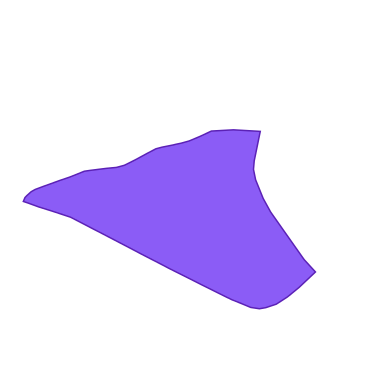 the district of Quan 4, Hồ Chí Minh city, Vietnam, rotated 27°
{"feature_id": "81297802B29563104023098", "entity_name": "Quan 4", "entity_type": "district", "adm_level": 2, "iso_a3": "VNM", "parent_name": "Vietnam", "parent_adm1": "Hồ Chí Minh city", "projection": "natural_earth1", "projection_center": [106.703, 10.761], "detail": "fine", "context": "isolated", "style": "filled", "palette": "violet", "viewbox_px": 384, "rotation_deg": 27, "n_neighbors": 0, "source": "geoboundaries", "source_scale": "gbopen_adm2", "svg_char_len": 1072}
<svg xmlns="http://www.w3.org/2000/svg" viewBox="0 0 384 384"><g transform="rotate(27 192 192)"><path d="M51.5,260.5L51.0,261.1L49.4,263.5L49.2,263.8L48.5,264.9L46.5,270.1L45.7,272.8L46.0,277.0L51.4,276.2L53.2,276.0L58.8,275.3L62.2,274.9L75.7,272.6L95.2,269.6L121.0,269.8L121.7,269.8L125.8,269.8L168.8,270.2L174.1,270.3L198.2,270.4L199.1,270.4L206.4,270.5L237.0,270.3L241.2,270.3L242.1,270.3L271.9,270.0L272.4,269.9L272.6,269.9L276.2,269.9L287.5,268.9L292.6,268.5L296.7,268.2L305.1,265.4L310.3,261.5L318.0,253.7L324.5,242.5L326.5,238.1L327.0,236.9L328.1,234.4L328.2,234.2L330.8,228.2L338.3,207.2L322.8,201.4L319.7,199.8L274.1,175.7L271.1,174.1L266.1,170.7L258.3,165.4L243.1,152.2L236.5,143.9L233.3,136.0L225.3,107.0L200.7,117.8L181.6,128.9L173.9,138.8L166.3,147.8L160.2,153.4L156.1,156.7L155.5,157.2L153.9,158.6L145.0,165.6L140.2,169.9L134.6,177.8L131.8,181.9L126.7,189.3L119.6,198.9L115.3,202.8L113.5,204.4L105.0,209.8L97.3,215.0L95.7,216.1L91.4,219.0L86.6,222.4L76.1,234.4L68.8,241.9L56.9,254.6L51.5,260.5Z" fill="#8b5cf6" stroke="#5b21b6" stroke-width="1.5"/></g></svg>